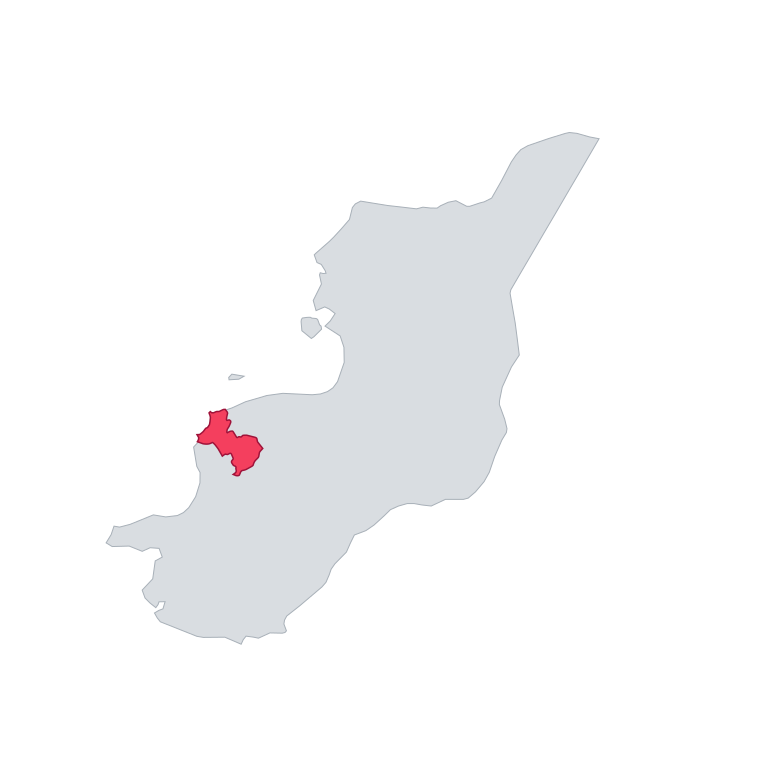 Mahdia on a map of Tunisia (Equal Earth projection), rotated 221°
{"feature_id": "TUN-116", "entity_name": "Mahdia", "entity_type": "Governorate", "adm_level": 1, "iso_a3": "TUN", "parent_name": "Tunisia", "parent_adm1": "", "projection": "equal_earth", "projection_center": [10.61, 35.335], "detail": "fine", "context": "in_parent", "style": "filled", "palette": "rose", "viewbox_px": 768, "rotation_deg": 221, "n_neighbors": 0, "source": "natural_earth", "source_scale": "10m", "svg_char_len": 4435}
<svg xmlns="http://www.w3.org/2000/svg" viewBox="0 0 768 768"><g transform="rotate(221 384 384)"><path d="M521.4,435.7L521.2,438.1L518.8,455.6L518.3,461.9L518.0,472.6L518.0,485.5L523.6,496.4L523.8,501.1L521.6,506.7L511.4,513.0L498.2,521.2L486.9,529.0L474.4,537.5L470.6,543.0L464.4,547.3L459.3,551.6L458.3,555.6L454.7,563.4L450.0,569.5L438.1,572.4L435.9,574.3L430.4,583.6L427.9,587.2L424.7,594.9L428.7,614.7L433.6,635.1L434.6,643.6L434.5,650.7L431.7,658.4L425.4,669.3L420.7,677.4L411.7,691.9L409.1,695.4L402.9,699.7L391.0,705.3L382.6,710.2L378.4,688.1L374.8,669.3L371.9,653.7L366.7,626.4L362.4,603.3L358.0,580.2L354.1,559.3L350.1,538.3L348.4,535.2L336.3,525.3L325.1,516.2L313.5,505.9L300.9,494.6L299.0,480.5L292.7,459.2L286.0,447.4L283.5,444.2L269.8,436.6L261.9,431.0L259.8,427.7L258.3,419.1L252.9,401.9L246.6,386.4L244.4,375.9L244.2,362.6L245.6,353.1L248.4,349.0L262.0,337.2L268.3,322.9L276.0,317.6L282.7,313.6L288.1,308.9L293.0,301.4L296.7,293.4L297.4,284.7L299.0,271.0L301.5,261.4L307.3,250.6L305.0,241.9L302.1,232.5L303.1,216.2L302.4,209.6L300.1,203.8L297.7,196.3L297.7,190.1L300.2,173.8L302.1,161.3L305.2,145.1L304.2,140.6L302.1,137.2L295.7,133.7L295.7,131.5L297.3,129.2L306.8,121.3L312.0,109.8L316.3,107.4L322.7,103.2L322.5,98.7L321.1,93.9L338.0,88.5L354.0,74.3L359.7,70.8L396.8,57.8L401.6,58.7L407.0,60.6L405.4,65.4L403.3,69.3L406.4,76.1L410.9,72.0L409.8,69.2L409.5,65.5L417.1,65.2L423.9,65.7L431.3,69.8L430.7,85.2L440.6,100.4L437.8,107.9L445.9,112.4L453.1,107.0L456.7,99.1L470.0,94.5L482.5,83.0L489.5,81.8L491.1,91.3L494.5,99.6L489.7,102.5L483.6,111.4L472.2,133.9L461.5,140.5L453.6,149.2L451.0,155.4L450.2,162.6L452.2,175.4L458.0,188.6L464.7,196.5L471.2,199.0L486.3,211.5L486.1,219.0L488.2,227.9L489.0,238.6L494.3,247.3L483.1,266.1L476.9,279.7L464.9,298.4L454.2,310.6L431.1,328.8L425.4,334.8L421.7,341.1L420.0,347.6L420.6,355.3L428.2,374.2L438.3,385.4L448.6,391.5L466.5,389.0L465.9,396.3L467.1,405.1L474.4,404.7L479.3,403.3L483.4,394.8L492.2,400.6L496.8,418.4L504.2,424.0L505.1,426.1L502.5,427.4L500.4,429.5L502.6,430.9L509.8,433.1L514.2,431.7L521.4,435.7ZM483.4,386.0L481.6,386.4L478.2,388.9L476.5,389.2L471.4,386.4L469.5,386.4L467.1,384.4L467.9,373.7L468.7,370.7L480.9,370.3L487.5,376.7L488.6,378.4L488.9,380.2L485.8,383.8L483.4,386.0ZM505.3,291.6L494.7,298.1L496.7,292.4L503.7,285.5L505.5,287.1L505.3,291.6Z" fill="#d9dde1" stroke="#a8b0b8" stroke-width="1"/><path d="M487.0,218.0L487.1,218.7L487.7,220.6L488.7,222.0L491.9,223.1L490.0,224.9L489.5,227.3L489.2,229.6L489.5,233.5L488.6,235.4L489.0,238.7L490.6,241.5L493.0,244.8L494.5,246.0L496.2,246.9L497.1,247.4L497.0,249.2L495.1,249.3L493.8,250.4L492.4,253.3L490.4,255.1L489.5,257.2L488.5,259.4L487.2,260.7L483.9,260.0L482.9,259.4L481.0,255.8L480.2,254.7L479.5,253.7L479.0,253.5L478.6,253.5L478.4,253.8L477.5,255.1L477.1,255.4L476.5,255.5L475.6,255.5L475.1,255.2L474.7,254.8L474.3,254.0L473.4,251.3L473.1,250.3L472.6,247.1L472.3,246.5L471.9,245.7L471.1,244.6L470.7,244.4L470.3,244.4L469.3,247.0L468.8,247.7L468.6,248.0L468.3,248.3L467.9,248.6L467.3,249.1L466.4,249.0L460.3,247.1L460.0,247.1L459.7,247.2L459.5,247.5L459.4,247.8L459.2,248.4L459.1,248.7L458.9,249.0L458.6,249.3L457.3,250.1L457.1,250.4L457.0,250.7L456.9,251.0L456.9,251.4L457.0,252.0L456.9,252.2L456.9,252.4L456.7,252.7L456.5,253.0L455.3,254.2L454.0,255.3L446.3,259.2L445.4,259.5L444.9,259.5L444.5,259.5L443.9,259.2L442.0,257.7L441.6,257.5L441.1,257.3L433.2,255.8L433.3,252.3L433.2,251.1L433.1,250.8L432.8,250.1L431.2,247.5L430.9,246.9L430.7,246.2L430.7,245.8L430.7,244.9L430.9,242.4L430.9,241.5L430.7,240.0L430.5,239.3L430.3,238.7L429.8,237.5L429.5,236.8L429.5,236.5L429.6,235.7L429.9,234.7L432.0,229.0L432.8,227.6L434.2,225.7L434.5,225.1L434.5,224.4L434.5,223.7L433.5,220.7L433.4,220.4L433.5,219.9L433.7,219.5L434.2,218.8L435.5,217.8L438.5,216.8L438.0,218.9L437.9,219.7L437.9,220.1L438.0,220.6L438.2,221.0L438.4,221.4L438.7,221.7L440.3,223.0L441.1,224.1L441.5,224.3L442.0,224.4L444.2,223.8L444.8,223.9L447.2,224.6L447.6,224.8L447.9,225.1L448.2,225.4L448.4,225.8L448.5,226.3L448.6,228.0L448.7,228.5L449.0,228.9L449.3,229.1L453.2,231.0L453.7,231.1L454.1,231.1L454.5,230.9L454.8,230.5L455.1,230.0L455.5,228.9L455.7,228.4L456.0,228.0L457.7,227.0L457.9,226.5L458.1,226.2L458.7,223.5L466.7,226.3L471.4,227.3L474.0,227.5L474.6,227.4L475.1,227.3L475.3,227.0L475.9,225.5L476.6,224.3L477.2,223.5L478.3,222.4L479.8,221.2L481.3,220.2L487.0,218.0L487.0,218.0Z" fill="#f43f5e" stroke="#9f1239" stroke-width="1.5"/></g></svg>